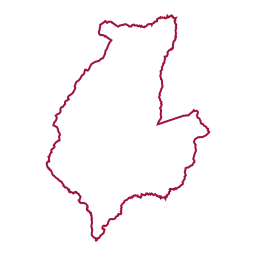 Sucumbios, Sucumbios, Ecuador (Natural Earth projection)
{"feature_id": "8360857B67239224798881", "entity_name": "Sucumbios", "entity_type": "district", "adm_level": 2, "iso_a3": "ECU", "parent_name": "Ecuador", "parent_adm1": "Sucumbios", "projection": "natural_earth1", "projection_center": [-77.598, 0.397], "detail": "fine", "context": "isolated", "style": "outline", "palette": "rose", "viewbox_px": 256, "rotation_deg": 0, "n_neighbors": 0, "source": "geoboundaries", "source_scale": "gbopen_adm2", "svg_char_len": 5770}
<svg xmlns="http://www.w3.org/2000/svg" viewBox="0 0 256 256"><path d="M53.7,145.3L54.6,146.6L53.9,147.8L52.2,149.1L51.2,150.4L51.6,152.3L51.0,152.6L49.6,155.0L49.7,156.2L48.5,156.7L49.1,158.3L48.9,159.8L49.3,161.3L49.1,161.6L47.7,161.7L47.5,162.4L46.7,163.0L46.9,165.2L47.4,166.1L47.4,166.9L48.2,167.7L48.5,168.5L48.9,168.2L49.5,168.8L49.9,169.9L51.1,170.7L52.8,175.1L54.4,176.1L55.5,177.4L58.0,179.1L58.2,179.7L59.4,180.4L60.0,181.3L61.4,181.6L61.8,181.9L61.9,182.6L63.5,184.9L63.4,185.9L64.5,186.4L64.7,187.2L65.4,187.5L66.5,187.6L67.7,188.8L68.2,189.8L68.9,189.4L69.4,189.8L69.4,190.5L69.0,191.1L69.1,191.8L69.8,192.3L70.2,192.0L71.5,192.1L73.2,193.4L73.5,193.0L74.2,192.9L74.5,192.2L75.2,192.4L75.7,191.9L76.2,192.0L77.1,193.2L78.7,193.9L79.0,194.9L80.6,196.7L79.5,200.0L78.8,200.3L79.4,201.1L79.3,201.6L79.6,202.3L80.1,202.3L81.0,203.1L82.3,202.9L84.7,203.2L86.1,204.1L87.1,205.4L87.2,206.0L87.6,206.1L87.6,207.7L87.1,207.8L86.7,209.2L87.0,209.9L87.6,210.0L88.3,211.2L89.5,211.4L89.9,212.8L91.0,213.0L90.9,213.7L91.3,214.5L91.1,215.5L91.6,216.1L91.5,217.3L92.0,218.7L91.5,219.7L91.9,220.2L91.8,221.2L92.0,222.6L91.3,226.5L92.0,228.3L91.9,229.2L92.3,230.1L91.7,233.6L92.0,235.5L94.2,237.7L95.8,238.2L95.8,240.2L96.1,240.6L96.8,240.2L98.1,238.0L99.4,237.7L100.4,235.7L102.6,234.0L103.7,232.8L104.5,229.6L103.9,229.0L102.7,228.9L102.4,228.3L102.4,227.2L103.2,226.0L104.0,225.6L105.0,226.1L105.7,226.0L107.4,224.5L107.9,223.8L108.3,221.8L109.7,219.4L111.2,219.0L113.1,219.2L114.3,218.9L115.3,218.3L116.0,216.6L118.0,215.7L118.2,214.2L118.7,214.0L120.0,214.4L121.2,213.7L121.4,212.9L120.7,211.7L121.5,209.9L121.0,208.7L121.7,207.3L121.2,206.5L121.2,205.6L123.0,203.3L124.0,202.5L124.7,200.7L127.2,199.7L129.0,197.7L129.7,197.6L130.5,198.1L131.1,197.3L132.0,197.6L132.4,196.4L133.4,196.5L133.9,195.6L134.6,195.7L135.2,195.2L136.1,195.7L137.5,195.5L137.7,196.6L139.3,196.8L140.5,197.7L140.9,197.5L141.3,196.4L141.6,194.2L142.5,194.7L145.2,195.2L145.6,194.9L146.2,193.5L146.9,193.3L148.4,194.6L149.7,193.6L150.5,194.6L151.7,193.5L153.5,195.1L154.0,195.0L155.1,194.1L155.8,194.9L156.7,195.2L157.0,196.2L158.4,196.2L159.2,197.1L160.0,196.1L160.7,196.2L161.0,196.9L161.0,198.1L161.7,197.7L164.6,197.3L165.3,198.5L165.4,197.0L166.3,197.3L166.9,196.5L167.1,195.9L166.7,195.3L169.1,193.7L168.9,192.2L170.1,191.1L170.1,190.4L169.6,189.4L169.8,189.1L170.8,188.8L171.8,189.4L173.4,188.9L174.0,189.6L174.8,188.6L175.6,188.2L176.1,189.0L178.1,187.4L179.6,186.9L180.6,185.5L182.4,184.5L183.0,183.7L182.6,182.8L182.6,181.8L183.5,181.0L184.0,179.6L184.8,178.8L184.6,176.6L185.8,175.5L184.7,171.8L185.3,170.5L185.6,168.1L186.8,167.6L188.4,167.5L190.7,165.7L192.2,165.3L193.4,163.1L194.4,162.0L194.3,160.4L193.4,159.4L193.4,158.4L194.9,153.1L196.0,150.8L195.3,146.3L195.7,144.8L194.3,143.0L194.0,141.5L195.0,139.2L198.1,137.2L199.1,137.4L200.0,137.0L202.2,137.2L205.9,135.4L209.0,132.5L209.3,132.0L207.8,130.5L208.2,129.4L208.0,128.7L206.8,128.2L206.1,126.8L203.8,125.5L203.3,124.5L202.7,123.9L201.6,123.9L200.8,123.1L200.7,121.6L199.4,118.5L197.6,117.7L197.0,115.1L197.6,114.0L197.9,112.0L197.6,111.5L196.4,110.7L194.4,111.1L193.8,110.2L192.8,111.6L189.5,114.2L188.6,115.4L187.3,115.2L186.1,115.6L183.9,115.6L157.8,124.3L158.6,121.9L161.2,117.8L160.7,114.4L161.1,110.0L160.0,108.2L161.0,106.7L161.7,104.4L161.0,103.6L161.5,102.4L160.1,100.1L160.0,98.9L159.2,98.0L159.2,96.6L159.9,95.4L159.5,94.3L159.8,93.7L159.9,92.7L160.6,91.5L161.2,89.3L162.6,86.7L162.2,85.3L162.3,84.7L162.0,83.2L161.9,80.2L161.4,79.5L161.0,79.3L160.9,77.6L160.2,76.0L160.9,73.6L160.6,71.0L161.5,70.4L162.2,69.1L161.8,67.9L162.2,66.6L163.3,64.7L163.2,63.4L164.3,62.8L164.5,60.6L165.1,59.1L164.7,58.2L164.7,56.6L166.4,56.5L167.1,55.8L167.7,54.1L167.5,52.4L168.0,51.6L169.4,50.1L170.3,49.9L170.6,49.3L171.7,49.4L171.7,48.7L172.7,48.3L172.5,47.8L173.0,47.2L172.9,44.4L173.4,43.4L173.5,41.8L174.3,40.7L174.7,40.6L175.3,39.4L175.1,38.8L175.8,37.9L175.4,37.2L175.5,36.6L176.0,36.4L175.6,35.2L176.1,33.2L175.7,32.3L175.6,29.3L176.3,28.4L175.9,27.0L176.3,24.7L175.6,24.1L175.4,23.1L174.9,22.7L174.6,20.7L175.3,20.4L175.1,19.4L175.8,18.0L174.8,18.3L173.6,17.9L172.6,17.1L172.8,16.5L172.0,16.3L171.5,15.4L169.0,17.0L168.3,16.7L167.9,17.4L167.5,17.1L167.8,16.3L167.4,15.9L167.2,17.1L166.1,18.3L164.8,18.1L164.5,17.5L163.9,17.8L161.6,17.4L161.1,17.7L160.5,17.3L160.2,18.2L159.0,18.0L156.9,19.4L157.1,20.3L157.0,21.2L155.7,21.7L154.6,21.6L154.0,22.9L152.3,23.7L151.8,24.9L151.4,23.9L148.0,24.3L146.6,25.7L145.4,26.7L144.5,26.6L144.2,27.2L142.4,26.8L141.5,25.9L140.6,26.8L140.4,26.6L140.4,25.8L140.1,25.7L139.3,25.6L138.5,26.2L137.8,26.3L137.2,25.4L134.6,25.5L133.9,24.6L132.4,24.9L131.3,26.5L130.3,26.6L129.7,26.2L129.0,26.4L128.5,25.7L125.9,24.2L123.8,24.5L123.2,25.0L122.6,24.8L120.9,25.4L120.0,25.4L118.2,26.6L116.4,25.7L115.6,24.9L114.1,24.1L113.8,23.5L112.7,23.2L112.4,22.7L111.9,22.6L111.5,21.8L108.5,21.7L107.8,22.5L106.9,22.8L105.7,21.2L105.2,21.0L104.8,21.7L103.2,22.9L102.5,23.1L101.6,24.1L100.2,24.6L100.2,26.5L99.8,27.9L99.7,29.9L98.9,31.3L98.9,33.0L99.6,34.3L100.4,35.1L102.1,35.0L103.8,35.4L104.8,36.5L105.6,36.1L107.3,37.6L111.4,40.2L109.2,43.1L106.7,49.1L105.3,51.2L105.3,52.7L104.9,54.2L103.0,58.2L101.2,58.7L99.1,60.8L95.1,61.9L91.4,64.1L90.3,66.1L89.1,68.9L87.9,70.5L87.1,70.5L85.9,69.6L85.0,69.8L84.1,73.7L83.0,74.8L82.0,75.3L80.1,78.8L78.5,80.6L76.5,81.8L76.2,82.3L74.6,86.4L75.4,87.9L73.0,92.8L71.0,94.5L69.0,95.7L68.1,97.0L67.9,98.4L68.8,99.3L66.9,100.6L65.6,101.1L64.9,102.2L65.2,104.0L64.3,104.8L63.1,106.7L61.1,107.5L60.3,109.4L60.6,111.4L60.4,112.1L59.2,113.5L57.2,114.3L55.7,115.6L56.7,117.3L56.7,118.5L55.7,120.9L54.1,122.6L53.4,125.3L57.2,127.3L58.0,129.6L58.3,131.4L59.4,133.1L60.0,134.8L59.1,136.4L59.5,140.4L57.9,141.0L55.8,142.5L53.7,145.3Z" fill="none" stroke="#9f1239" stroke-width="2"/></svg>